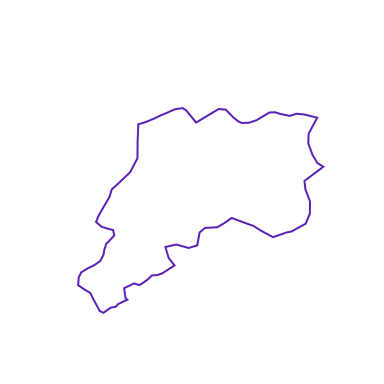 outline of Gapyeong-gun, Gyeonggi, South Korea, rotated 59°
{"feature_id": "91817680B96761005572442", "entity_name": "Gapyeong-gun", "entity_type": "district", "adm_level": 2, "iso_a3": "KOR", "parent_name": "South Korea", "parent_adm1": "Gyeonggi", "projection": "albers", "projection_center": [127.464, 37.798], "detail": "fine", "context": "isolated", "style": "outline", "palette": "violet", "viewbox_px": 384, "rotation_deg": 59, "n_neighbors": 0, "source": "geoboundaries", "source_scale": "gbopen_adm2", "svg_char_len": 1298}
<svg xmlns="http://www.w3.org/2000/svg" viewBox="0 0 384 384"><g transform="rotate(59 192 192)"><path d="M192.8,46.4L183.5,55.7L178.8,62.0L177.1,69.0L170.1,76.6L166.6,79.5L163.7,84.7L163.7,91.7L163.7,99.8L162.0,107.4L158.5,113.8L155.0,116.1L148.6,118.4L143.3,119.6L138.7,120.7L134.6,126.5L134.6,152.7L118.8,155.0L115.3,156.8L112.4,163.7L110.1,180.6L109.5,187.0L108.3,195.2L106.5,202.7L106.3,203.1L119.9,212.1L135.0,221.4L143.2,234.9L147.2,252.9L148.4,259.4L153.7,265.2L161.8,280.0L163.6,283.3L168.2,289.7L175.2,287.4L179.9,283.3L184.0,279.2L189.2,281.0L191.6,289.2L192.2,292.1L196.2,296.7L200.3,300.3L203.8,306.1L204.4,313.1L203.8,320.7L203.8,328.3L206.8,333.0L213.2,337.6L220.8,334.1L226.0,331.2L234.2,331.8L246.5,332.4L250.0,330.0L249.4,324.2L249.4,320.7L251.1,316.6L250.0,313.1L251.0,302.9L248.8,303.7L239.5,299.7L240.6,288.6L244.7,285.1L244.7,281.5L244.1,274.5L242.9,269.3L245.3,264.6L246.4,259.4L245.9,244.8L236.5,246.0L225.4,243.1L228.9,232.6L238.2,223.8L240.5,215.1L230.6,206.3L229.5,199.3L235.3,188.3L235.3,179.5L234.7,171.4L245.7,162.6L252.7,156.8L260.9,152.7L272.5,145.7L275.4,131.7L277.1,127.1L277.7,110.8L271.3,102.1L260.8,95.7L248.0,93.4L240.4,89.9L238.0,66.4L231.7,69.6L222.4,69.6L210.2,67.3L202.1,62.0L198.6,56.2L192.8,46.4Z" fill="none" stroke="#5b21b6" stroke-width="2"/></g></svg>